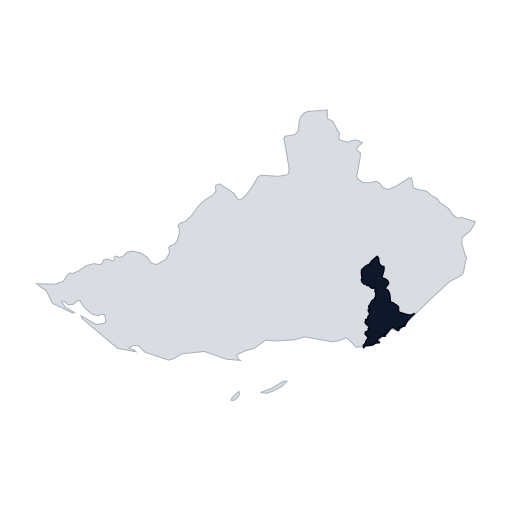 Honduras, with Cortés highlighted, rotated 178°
{"feature_id": "HND-647", "entity_name": "Cortés", "entity_type": "Department", "adm_level": 1, "iso_a3": "HND", "parent_name": "Honduras", "parent_adm1": "", "projection": "robinson", "projection_center": [-87.947, 15.362], "detail": "fine", "context": "in_parent", "style": "filled", "palette": "ink", "viewbox_px": 512, "rotation_deg": 178, "n_neighbors": 0, "source": "natural_earth", "source_scale": "10m", "svg_char_len": 5219}
<svg xmlns="http://www.w3.org/2000/svg" viewBox="0 0 512 512"><g transform="rotate(178 256 256)"><path d="M476.4,236.0L458.1,234.8L449.5,237.3L445.7,242.9L442.5,245.5L439.8,244.9L434.3,247.1L426.1,252.1L418.6,254.0L412.0,252.8L410.0,254.0L409.5,255.7L408.5,257.3L405.9,258.1L403.0,257.7L399.6,255.9L397.9,256.7L397.7,259.9L395.9,260.8L392.5,259.3L388.7,260.5L384.4,264.4L378.5,265.2L370.8,262.9L364.8,258.7L360.6,252.4L355.5,250.9L346.6,255.5L342.9,261.0L342.2,264.3L343.0,267.3L341.4,269.3L337.3,270.3L334.2,274.0L332.0,280.4L331.6,285.3L332.9,288.8L330.9,291.3L325.5,293.0L319.1,298.5L311.8,307.8L304.5,314.3L297.3,318.1L293.8,322.2L294.0,326.7L293.6,328.1L292.2,328.7L289.8,329.3L275.8,319.4L271.8,312.6L268.3,313.6L263.9,317.1L257.7,324.8L251.1,335.3L247.9,336.5L231.3,334.9L222.5,335.9L220.7,337.3L219.9,341.1L220.4,346.3L222.8,364.8L224.2,372.4L222.9,374.8L218.4,375.1L212.6,376.2L209.4,379.7L208.7,383.3L208.4,388.3L206.5,393.5L203.0,397.2L199.4,398.6L179.6,399.5L179.9,391.0L174.2,387.5L171.0,380.4L168.1,375.5L169.1,372.6L168.8,369.2L160.7,366.5L153.2,368.6L148.8,367.3L145.7,365.4L151.1,361.2L151.5,358.6L149.8,356.8L148.0,355.5L148.5,350.7L149.6,345.1L152.7,331.9L151.5,329.5L146.5,325.6L140.1,325.2L133.1,326.4L129.7,324.4L126.7,319.8L121.7,317.7L112.8,321.3L103.4,326.8L100.5,328.7L98.1,328.5L97.0,324.4L96.6,319.5L96.0,318.3L91.0,316.6L85.1,315.4L82.1,314.0L79.3,310.8L72.3,306.5L70.7,303.3L61.3,296.1L59.4,292.5L57.3,289.9L52.8,286.6L49.3,287.4L37.4,283.2L35.6,282.9L37.2,279.2L41.0,273.6L49.2,267.3L49.9,262.3L47.7,252.6L45.6,246.3L46.8,243.5L49.3,232.2L51.3,229.5L63.1,223.8L64.2,223.0L73.5,215.0L83.9,206.1L94.6,196.3L106.6,185.4L113.2,179.0L116.2,176.2L123.1,178.5L128.6,173.3L131.7,171.6L139.0,165.4L141.3,164.0L153.6,161.5L159.5,161.5L164.7,167.8L168.8,171.2L176.6,168.3L183.1,167.6L210.0,173.5L220.6,170.9L240.2,170.4L249.0,171.8L261.5,163.5L269.4,161.9L278.8,158.0L277.6,154.0L275.3,152.2L289.6,154.0L310.9,162.4L333.6,160.8L341.8,156.3L347.1,155.0L370.3,163.7L376.5,170.3L381.3,170.9L385.0,169.4L386.0,168.0L381.4,166.6L379.3,164.5L397.7,168.6L432.3,199.9L433.0,202.5L418.3,193.2L410.5,193.9L408.4,195.4L408.9,200.5L409.6,202.9L413.0,203.1L415.4,201.8L421.5,203.4L425.6,206.8L430.5,211.9L433.5,217.5L436.6,217.6L439.7,214.2L445.6,213.8L449.4,217.6L452.1,217.4L448.3,211.5L439.4,205.7L441.5,205.5L461.2,215.9L466.9,229.0L471.5,232.0L476.4,236.0ZM244.4,123.5L233.1,129.8L229.5,129.7L234.7,124.8L243.1,120.6L250.2,118.5L256.1,119.4L244.4,123.5ZM283.3,116.7L277.9,121.4L277.0,119.3L279.5,114.9L282.8,112.5L286.0,112.7L285.2,114.6L283.3,116.7Z" fill="#d9dde1" stroke="#a8b0b8" stroke-width="1"/><path d="M115.3,179.5L115.8,178.4L115.7,177.6L115.9,176.8L116.8,176.5L117.2,176.7L120.4,179.2L122.1,179.8L124.0,178.9L128.1,174.0L129.9,172.8L129.5,171.5L130.2,171.3L133.0,171.7L137.1,168.9L137.7,167.8L137.8,167.0L137.4,166.6L136.6,166.4L136.0,165.8L135.7,165.2L135.9,165.0L138.9,164.9L140.1,164.5L141.3,163.6L143.4,162.8L149.5,162.4L150.7,162.0L151.2,160.8L151.7,160.6L151.9,162.5L151.6,163.3L150.9,163.8L150.1,164.6L149.7,165.3L149.0,167.3L148.5,168.1L147.4,169.4L147.0,170.1L147.0,171.0L148.1,172.4L148.4,173.4L149.0,173.3L149.4,173.7L149.6,174.4L149.6,175.3L149.2,176.2L148.5,176.6L147.5,176.9L145.4,178.5L145.0,179.3L146.3,179.5L145.2,180.9L146.4,182.3L148.2,184.0L149.3,185.9L149.1,186.1L148.6,188.2L148.7,188.5L148.2,188.8L147.7,188.7L147.3,188.5L147.1,188.5L146.6,189.6L146.3,190.9L145.9,192.1L145.2,192.6L144.4,194.1L144.7,195.3L145.3,196.2L145.7,197.3L145.5,198.7L144.9,198.6L144.1,198.0L143.4,198.0L142.9,198.7L143.4,199.2L144.2,199.7L145.0,200.5L145.2,201.6L144.9,202.3L143.9,203.2L142.2,206.5L141.7,207.2L141.4,207.4L141.1,207.6L140.4,208.1L140.0,208.4L139.1,208.7L138.7,208.9L138.6,209.2L138.7,209.4L138.7,209.7L138.8,210.0L138.6,210.3L137.7,211.3L137.8,211.9L137.8,212.4L137.7,213.0L137.5,213.5L137.7,214.4L137.1,215.5L137.4,216.1L137.6,216.1L138.1,215.9L138.2,216.0L138.3,216.1L138.3,217.1L138.1,218.2L138.1,218.8L137.9,219.6L137.9,219.9L138.2,220.2L139.7,219.7L141.1,219.8L141.8,220.0L142.9,220.9L143.2,221.3L143.4,221.7L143.4,222.0L143.6,222.4L144.0,222.5L145.1,222.4L145.4,222.6L145.6,222.8L145.9,222.9L146.7,223.0L146.9,223.3L147.1,224.1L147.5,224.3L147.8,224.3L148.9,224.1L151.0,226.4L151.1,226.9L151.4,227.8L151.5,228.4L151.5,228.8L151.4,229.1L151.1,229.3L150.9,229.9L150.8,230.4L151.2,234.1L151.2,236.7L150.9,238.5L149.7,239.6L146.5,242.3L145.1,243.0L143.5,243.4L143.3,243.6L141.7,245.4L140.7,246.9L135.1,251.4L134.3,250.8L133.8,250.0L133.5,248.7L133.3,245.4L132.8,243.5L130.5,241.2L129.0,241.2L128.6,241.0L128.4,239.7L128.9,236.3L129.3,235.6L130.3,232.0L131.2,230.9L130.9,230.3L130.4,230.1L129.9,229.6L129.4,229.3L127.8,228.7L125.8,227.2L124.9,226.1L124.4,224.8L124.8,223.3L127.7,219.8L128.1,218.5L126.7,218.1L125.7,217.4L125.2,216.9L123.7,213.4L123.2,205.5L122.9,205.1L121.2,204.7L120.4,204.4L119.5,203.6L118.4,202.7L116.3,201.3L115.9,200.7L115.5,200.2L115.4,199.8L115.3,199.3L115.4,198.7L115.5,197.7L115.5,197.3L115.4,196.6L115.4,195.9L115.3,195.6L114.9,195.1L113.9,194.5L107.1,192.2L103.4,191.5L99.3,193.1L104.1,188.9L107.4,185.3L109.6,181.2L110.0,180.6L111.5,180.6L112.6,180.1L113.6,179.5L114.9,178.9L115.3,179.5Z" fill="#0f172a" stroke="#020617" stroke-width="1.5"/></g></svg>